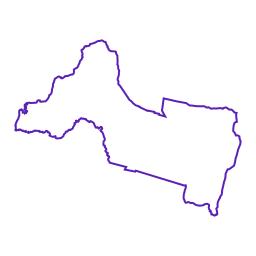 outline of La Candelaria, Salta, Argentina
{"feature_id": "61730980B21173322628341", "entity_name": "La Candelaria", "entity_type": "district", "adm_level": 2, "iso_a3": "ARG", "parent_name": "Argentina", "parent_adm1": "Salta", "projection": "natural_earth1", "projection_center": [-65.359, -26.083], "detail": "fine", "context": "isolated", "style": "outline", "palette": "violet", "viewbox_px": 256, "rotation_deg": 0, "n_neighbors": 0, "source": "geoboundaries", "source_scale": "gbopen_adm2", "svg_char_len": 5671}
<svg xmlns="http://www.w3.org/2000/svg" viewBox="0 0 256 256"><path d="M217.7,213.8L217.1,213.0L217.0,211.4L216.3,208.6L217.6,207.0L217.5,204.0L217.9,202.0L219.0,199.3L219.7,198.5L220.2,196.6L221.5,194.9L221.9,193.6L222.2,189.8L223.1,186.4L223.4,184.8L224.1,181.7L225.3,178.1L225.7,173.5L227.6,169.4L228.7,169.3L229.9,168.7L234.0,165.7L234.9,162.6L235.8,157.7L236.6,155.7L238.1,149.6L240.2,144.4L240.6,141.6L239.5,138.3L239.4,136.4L237.5,135.3L235.9,135.5L235.0,133.3L233.2,131.0L233.3,128.8L233.7,125.2L234.6,122.8L235.5,122.2L236.8,121.9L236.2,116.0L236.2,113.6L236.5,112.9L234.5,112.5L232.7,110.5L231.4,109.6L229.1,109.5L226.8,107.8L225.4,107.4L224.7,107.8L223.5,108.0L222.8,108.8L222.2,108.5L220.5,108.1L218.7,108.2L216.8,108.5L213.6,108.4L211.1,108.7L208.7,107.3L206.9,107.6L204.4,106.3L196.7,106.2L191.6,105.5L190.0,105.5L189.0,105.1L186.2,103.1L176.9,101.4L163.7,98.4L162.0,110.7L165.2,116.5L158.9,114.7L159.0,113.8L154.4,112.9L154.4,111.9L147.8,110.6L147.6,110.9L139.4,107.0L139.5,106.6L135.5,105.2L132.8,103.0L132.3,102.1L129.4,99.8L120.3,86.2L119.5,85.3L118.5,84.4L118.2,83.4L118.5,82.1L118.3,81.0L117.6,79.7L117.8,78.3L118.6,76.0L118.9,74.5L118.9,72.6L119.2,70.8L118.2,68.7L118.1,65.7L117.3,64.4L117.6,62.6L117.4,55.8L116.1,53.5L116.0,52.0L115.3,51.5L110.7,51.1L109.4,50.4L108.5,49.2L108.4,48.4L107.5,47.4L107.7,46.3L106.8,45.5L106.6,44.5L105.9,43.3L105.7,42.1L104.3,41.8L102.4,40.5L101.7,40.4L99.6,41.0L98.3,40.9L94.9,42.7L91.9,43.7L90.1,44.0L89.7,45.4L89.0,45.7L88.0,46.1L86.9,46.0L86.1,46.5L85.4,46.1L84.5,46.7L83.8,48.2L83.2,49.0L81.5,50.1L81.5,50.7L82.4,53.3L82.6,54.7L82.0,55.8L82.7,57.1L82.1,58.0L81.5,59.5L80.0,61.0L79.6,62.7L78.6,64.8L78.2,66.0L77.1,67.7L74.2,69.2L73.8,70.1L74.0,71.7L73.7,73.5L72.5,74.5L71.0,74.6L67.7,76.0L66.0,76.0L64.9,76.3L64.5,77.0L63.4,77.6L62.7,78.2L61.6,78.3L61.2,77.5L60.5,77.7L59.8,76.8L58.7,76.5L57.9,76.8L55.9,78.2L54.8,78.8L54.6,79.9L54.1,81.0L54.0,82.1L53.4,83.0L52.9,84.6L53.0,86.4L52.1,89.0L51.9,90.1L51.9,91.4L51.4,93.2L50.4,94.6L49.3,95.1L49.0,96.6L48.0,98.7L47.2,99.4L46.5,100.5L45.7,101.2L43.6,101.5L42.5,101.5L41.6,101.8L40.3,101.7L39.9,100.4L38.3,100.3L37.5,100.6L36.8,102.2L36.2,102.7L30.4,103.0L29.4,102.7L27.0,103.0L26.9,103.5L27.3,104.1L27.0,104.5L26.6,104.4L26.4,103.5L26.1,103.5L25.7,104.0L26.1,104.6L25.8,104.8L24.8,104.8L24.6,105.1L24.8,105.5L25.6,105.8L26.1,106.8L26.1,107.2L25.8,107.3L25.0,106.3L24.7,106.9L25.4,107.6L25.4,108.1L26.0,108.7L25.8,108.9L25.4,108.6L25.1,108.6L24.6,108.9L24.5,109.3L25.4,109.9L25.8,110.7L26.2,110.8L26.2,111.0L25.4,111.2L25.5,111.6L27.1,111.3L27.1,111.5L26.9,111.7L25.9,112.1L25.8,112.4L26.2,112.8L26.1,113.1L25.9,113.1L25.1,112.7L24.5,112.7L24.4,113.1L23.6,112.2L22.8,112.5L22.8,111.5L22.6,111.2L22.8,110.8L22.2,110.0L21.8,109.9L21.5,109.4L21.4,109.4L21.2,109.9L20.8,110.1L20.0,109.9L19.4,110.5L19.2,111.5L19.2,114.1L19.4,114.8L19.4,115.5L19.0,116.2L18.4,118.3L17.8,119.6L17.2,120.4L16.1,122.9L15.5,124.8L15.7,125.5L15.4,126.0L15.8,126.8L15.7,127.1L15.9,129.0L15.4,129.9L15.5,130.3L16.3,130.5L17.3,130.0L18.2,130.2L18.7,129.8L19.0,129.7L19.1,130.1L19.2,129.7L19.8,130.0L20.4,129.6L22.2,130.5L22.4,130.9L22.8,131.0L23.5,130.8L23.9,131.0L24.2,131.4L24.8,131.5L25.6,131.1L25.7,131.9L26.8,131.9L28.0,132.6L28.6,132.0L29.0,132.7L29.5,132.3L30.2,132.3L30.7,131.9L32.0,132.0L33.0,131.4L33.7,131.3L34.1,130.8L34.5,130.6L35.2,130.9L35.8,130.6L36.6,130.8L38.0,130.8L38.9,131.3L39.4,131.0L39.6,131.1L39.7,131.8L39.9,132.0L40.7,131.7L41.8,132.1L42.4,131.8L42.6,131.8L42.8,132.5L43.2,132.7L44.7,132.4L45.5,131.6L46.1,130.9L46.6,131.2L47.3,131.1L47.6,131.4L47.9,132.3L48.1,132.5L49.0,132.4L49.9,133.7L50.0,134.2L49.5,135.5L52.1,136.7L53.2,136.8L55.2,136.2L55.5,136.3L55.6,136.7L55.3,137.3L55.4,137.5L56.1,138.3L56.5,138.4L58.4,138.4L61.3,137.9L63.4,136.1L64.0,134.2L65.5,132.9L65.6,132.3L66.0,131.6L66.4,131.4L67.5,131.5L68.8,129.8L69.5,129.8L69.7,130.0L70.3,130.1L71.5,129.1L72.3,128.9L73.1,127.5L73.2,126.9L73.9,126.0L74.3,125.0L74.9,124.4L74.5,123.3L74.5,123.1L74.8,122.9L75.3,122.9L76.1,122.2L76.0,120.8L76.6,120.7L77.6,121.6L78.1,121.8L78.6,121.3L78.8,120.2L79.0,119.8L79.6,119.6L80.4,118.7L81.3,118.2L81.6,118.2L82.0,118.7L83.0,118.8L83.8,118.6L84.7,119.1L85.8,119.0L86.5,120.3L87.7,120.8L87.9,121.1L89.4,122.1L89.7,122.0L89.7,121.5L90.2,121.2L90.6,121.1L92.0,121.8L93.7,123.0L94.2,124.1L94.3,124.7L95.1,126.1L95.3,126.8L96.1,127.7L97.5,127.2L97.9,127.5L98.5,128.5L99.2,128.2L100.6,127.0L101.2,126.9L101.8,127.4L102.2,128.6L101.8,129.3L100.7,130.0L100.5,130.4L100.6,130.8L101.0,131.3L102.3,132.2L103.2,134.2L104.1,137.2L104.7,138.3L104.8,139.0L104.7,140.0L103.8,141.2L103.5,142.0L103.4,144.8L103.7,145.3L104.9,145.7L105.0,146.0L104.8,146.6L104.8,147.1L106.1,148.6L106.2,149.0L106.3,149.6L105.4,150.7L105.5,151.3L106.5,152.3L107.7,152.8L107.8,153.0L107.7,153.7L107.3,153.8L107.1,154.1L107.1,154.6L107.3,155.4L107.5,155.7L107.8,155.9L108.2,155.8L109.0,156.3L109.2,157.4L108.3,158.5L108.1,159.0L108.4,160.5L109.4,161.7L109.7,162.4L109.7,162.7L126.2,167.0L124.8,169.6L135.3,171.6L135.8,170.7L184.1,185.5L185.7,185.3L185.9,186.9L185.3,189.2L184.6,190.8L184.6,191.7L184.0,193.6L183.6,196.2L183.7,198.9L184.4,199.8L184.5,200.9L185.6,202.7L186.9,202.6L188.3,202.0L190.9,203.1L192.3,202.9L193.2,203.1L193.9,203.7L194.7,204.0L195.6,204.8L198.5,205.6L201.1,205.6L202.9,205.3L203.8,205.0L204.2,204.4L205.7,204.0L207.3,203.8L209.0,204.8L209.0,206.5L208.7,207.7L209.2,209.3L209.9,210.1L209.9,210.4L210.1,210.6L209.9,211.0L210.8,211.2L210.8,211.6L210.4,211.8L211.3,213.0L211.4,214.4L212.0,214.5L212.4,214.3L213.3,215.0L214.6,215.6L214.9,215.3L215.3,215.2L215.6,214.7L216.2,214.9L216.4,214.7L217.2,214.4L217.3,213.8L217.4,213.6L217.7,213.8Z" fill="none" stroke="#5b21b6" stroke-width="2"/></svg>